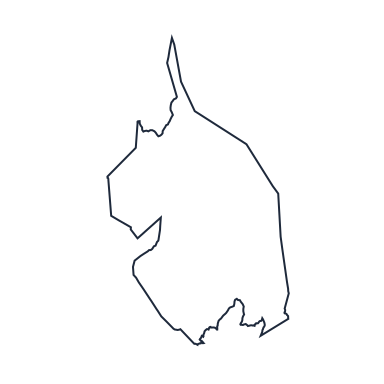 outline of San Juan Mixtepec -Dto. 08 -, Oaxaca, Mexico, rotated 348°
{"feature_id": "50627088B120983506636", "entity_name": "San Juan Mixtepec -Dto. 08 -", "entity_type": "district", "adm_level": 2, "iso_a3": "MEX", "parent_name": "Mexico", "parent_adm1": "Oaxaca", "projection": "equal_earth", "projection_center": [-97.864, 17.366], "detail": "fine", "context": "isolated", "style": "outline", "palette": "slate", "viewbox_px": 384, "rotation_deg": 348, "n_neighbors": 0, "source": "geoboundaries", "source_scale": "gbopen_adm2", "svg_char_len": 3876}
<svg xmlns="http://www.w3.org/2000/svg" viewBox="0 0 384 384"><g transform="rotate(348 192 192)"><path d="M229.3,346.9L259.8,336.1L259.8,335.5L260.0,334.6L260.2,333.4L259.8,332.6L259.4,332.1L259.1,331.0L258.2,330.2L257.5,330.0L257.3,329.5L257.5,328.9L258.1,328.3L258.4,327.6L258.6,326.8L258.6,326.2L258.4,325.3L260.2,321.8L265.6,311.2L265.5,309.0L265.9,306.6L266.2,300.0L268.5,266.3L269.4,254.2L276.0,211.5L272.2,203.0L255.2,156.6L246.5,148.0L215.7,117.6L211.5,113.5L204.2,81.8L205.3,44.1L204.4,37.1L199.5,48.6L197.0,55.2L194.5,60.6L197.0,95.8L195.8,97.1L193.5,97.6L191.9,99.1L190.5,100.2L189.3,102.7L188.5,105.0L188.1,107.4L188.8,109.8L189.1,111.6L189.3,112.7L187.9,114.1L186.2,116.2L184.8,118.2L183.5,119.4L182.5,120.9L180.6,121.3L179.4,122.8L177.7,124.5L176.0,126.3L175.4,128.5L174.0,129.6L172.5,130.3L170.7,130.5L169.7,128.7L168.9,126.5L167.9,124.8L166.0,123.3L164.0,122.9L161.9,123.6L160.4,122.6L158.8,122.5L157.9,122.6L157.0,122.8L156.2,120.9L156.6,118.4L155.7,116.6L155.1,114.2L155.5,111.8L153.8,111.6L153.6,111.7L153.7,112.0L153.2,112.4L153.1,112.8L153.2,113.1L153.0,113.5L146.2,137.1L112.5,159.3L112.3,160.6L112.8,160.9L112.9,161.9L112.7,162.8L108.0,198.5L114.5,204.5L124.9,213.8L124.3,215.9L129.1,226.0L156.2,210.5L153.8,218.8L152.8,222.5L149.2,232.0L148.9,232.6L147.4,233.6L146.3,235.2L145.2,236.9L143.4,237.2L141.3,239.4L139.6,240.2L137.9,239.9L136.5,240.8L131.9,242.5L128.3,243.9L121.6,247.2L118.7,253.0L117.6,261.0L119.5,264.2L121.2,269.4L124.4,277.1L128.5,287.6L129.6,290.3L129.9,291.1L131.2,294.5L133.1,299.5L133.7,300.9L136.1,307.3L140.1,313.4L144.1,319.7L144.8,320.8L145.4,321.8L145.5,321.9L146.5,322.9L147.6,323.3L149.3,324.0L151.1,324.0L152.1,323.8L161.7,339.4L162.7,341.0L163.0,341.0L163.6,341.1L164.2,341.4L164.9,342.0L165.6,342.6L165.8,342.1L166.7,341.9L167.3,341.9L167.8,341.7L168.5,341.7L168.7,341.8L168.8,341.8L169.0,341.9L169.3,341.6L169.5,341.5L169.6,341.4L169.8,341.5L170.0,341.5L170.3,341.6L170.5,341.6L170.7,341.8L170.9,342.0L171.1,342.0L171.3,342.2L171.5,342.2L171.4,342.1L171.4,341.9L171.5,341.8L171.6,341.7L171.8,341.8L171.8,341.7L171.7,341.5L171.5,341.4L171.2,341.2L170.8,340.1L170.5,339.7L170.3,339.8L170.0,339.7L169.7,339.3L169.3,338.8L169.1,338.2L168.9,337.9L169.5,337.2L170.1,336.9L170.9,336.0L171.4,335.1L171.7,334.7L172.3,335.1L172.6,335.5L172.9,335.9L173.3,335.4L173.3,334.2L174.1,333.2L174.6,332.5L175.0,331.6L175.3,330.9L176.5,330.0L178.0,329.2L178.8,329.4L179.6,330.0L180.2,329.1L180.5,328.4L181.1,327.9L181.6,327.8L182.1,327.8L182.3,328.5L183.9,328.8L185.0,329.0L186.2,329.5L186.8,330.2L187.3,330.7L187.5,331.3L187.7,331.7L188.1,331.8L188.3,331.2L188.4,330.2L188.6,329.2L188.7,328.6L189.2,328.2L189.5,327.5L189.7,326.5L190.1,325.6L190.5,324.9L191.0,324.0L191.2,323.6L192.6,322.5L194.1,321.8L195.2,320.8L196.0,320.1L196.8,319.4L197.7,318.9L198.6,318.4L199.2,318.1L199.6,317.8L200.3,317.4L200.9,316.8L202.5,315.3L203.9,313.6L205.4,312.8L207.4,312.6L209.2,312.2L210.2,310.1L210.8,308.0L211.2,307.3L211.8,306.4L213.6,305.8L214.6,307.3L216.3,307.7L216.9,309.5L218.3,312.3L218.8,314.8L217.9,317.0L217.4,319.3L217.4,321.5L217.4,321.8L217.5,322.6L216.8,323.4L216.4,323.8L215.7,324.8L215.2,325.7L214.9,326.5L214.6,327.8L213.8,329.2L213.0,330.0L212.2,330.8L211.8,331.5L212.0,332.0L212.4,332.1L213.2,332.3L214.2,332.7L215.5,332.3L216.3,332.4L217.1,332.3L217.7,333.0L218.5,334.0L218.8,334.7L220.2,334.7L221.5,334.6L222.3,334.7L222.9,334.9L223.4,335.2L224.3,335.2L224.7,335.3L224.9,335.7L225.3,335.9L225.6,335.0L225.9,334.7L226.5,334.7L226.9,334.0L227.5,333.7L228.4,334.0L229.3,334.1L230.1,333.4L230.6,332.9L231.3,332.4L232.1,332.4L232.9,332.4L233.5,331.9L234.2,330.7L234.5,330.1L234.8,330.9L235.2,332.4L235.3,333.3L235.4,333.8L235.6,334.5L235.6,335.4L235.6,336.4L235.5,337.3L235.1,338.1L234.3,339.0L233.9,339.2L233.2,340.3L232.8,341.1L232.2,341.7L231.9,342.6L231.7,343.3L229.3,346.9Z" fill="none" stroke="#1e293b" stroke-width="2"/></g></svg>